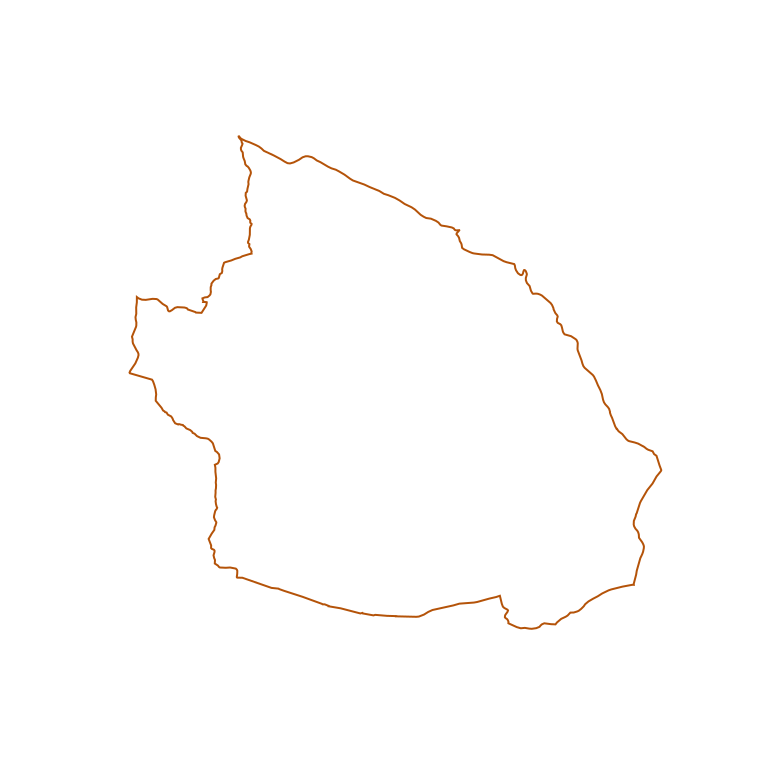 Adunati, Prahova, Romania (Equal Earth projection), rotated 163°
{"feature_id": "2599482B72969969985711", "entity_name": "Adunati", "entity_type": "district", "adm_level": 2, "iso_a3": "ROU", "parent_name": "Romania", "parent_adm1": "Prahova", "projection": "equal_earth", "projection_center": [25.597, 45.18], "detail": "fine", "context": "isolated", "style": "outline", "palette": "amber", "viewbox_px": 768, "rotation_deg": 163, "n_neighbors": 0, "source": "geoboundaries", "source_scale": "gbopen_adm2", "svg_char_len": 6166}
<svg xmlns="http://www.w3.org/2000/svg" viewBox="0 0 768 768"><g transform="rotate(163 384 384)"><path d="M450.6,664.0L450.7,662.2L449.3,658.9L449.2,658.3L449.4,656.3L449.0,655.4L449.4,654.5L451.8,651.7L452.2,650.2L452.2,648.9L451.4,646.8L452.3,642.5L452.3,640.9L452.0,638.0L452.4,634.6L451.6,632.7L450.8,631.9L450.1,630.3L449.4,627.3L449.4,625.4L449.9,624.1L452.4,621.0L454.2,617.9L454.7,616.9L455.1,614.7L457.5,610.6L458.7,608.0L460.3,607.2L461.3,604.5L461.4,599.8L461.7,599.2L462.6,598.1L464.2,596.9L465.2,595.1L465.3,593.6L465.1,592.2L466.0,589.7L466.0,588.0L465.8,587.5L466.2,585.2L465.9,582.5L464.4,580.9L464.2,580.4L464.1,579.2L464.6,578.1L464.7,577.3L463.8,575.8L464.2,575.0L465.8,573.6L466.7,572.1L468.7,565.9L471.0,561.6L472.6,559.5L472.7,558.5L471.8,557.2L472.0,556.6L472.7,555.4L472.8,554.5L472.0,552.1L471.8,549.5L472.4,548.4L472.5,547.4L475.1,547.6L482.2,547.6L484.5,547.1L489.6,547.2L493.9,546.8L500.2,546.9L501.5,546.7L504.4,542.6L505.2,541.1L505.6,539.3L506.6,537.6L508.9,537.0L511.0,533.7L511.7,533.4L514.2,533.6L516.7,532.6L519.6,530.5L519.9,530.0L520.0,529.2L521.4,527.3L522.3,524.5L522.6,522.7L523.8,520.5L524.9,519.7L527.3,518.7L530.1,519.2L532.6,519.0L532.7,517.7L532.5,516.1L533.0,515.3L530.2,514.4L529.6,514.0L529.8,513.4L531.1,511.0L537.7,505.4L543.0,507.3L543.3,507.9L549.8,512.6L550.1,513.7L550.9,514.5L552.5,515.5L559.1,517.9L561.6,518.0L565.3,516.6L567.6,516.1L568.4,516.4L569.0,517.4L568.9,521.0L569.2,521.9L572.2,525.2L575.7,530.9L576.6,531.7L580.4,533.1L587.2,534.1L590.8,535.4L593.7,537.7L594.9,539.4L596.5,534.3L598.6,529.7L600.4,523.5L602.1,520.6L602.6,518.1L602.8,515.3L603.8,512.3L604.4,511.2L611.2,502.9L611.3,500.3L612.0,498.0L612.2,496.2L610.8,488.8L610.1,486.3L610.0,484.8L610.3,483.4L611.7,481.1L615.8,476.4L622.9,470.7L624.0,469.3L623.9,468.6L604.6,456.0L604.1,454.2L603.9,450.5L604.0,445.7L604.9,440.6L606.1,438.0L607.2,434.7L603.7,426.3L603.0,423.2L601.8,421.9L601.6,421.1L600.3,420.3L599.7,417.9L597.0,415.2L596.3,412.9L596.2,411.0L595.2,407.5L592.7,405.5L592.4,405.7L591.4,405.4L590.0,404.4L588.3,403.6L588.1,402.8L587.2,401.9L586.0,399.3L582.8,396.6L581.4,394.4L581.3,393.2L579.7,391.9L578.1,388.9L576.3,387.2L575.2,386.2L570.1,384.1L568.5,383.2L567.5,382.1L565.8,379.3L565.0,377.3L564.9,369.3L563.7,367.9L562.3,364.9L562.9,361.0L564.9,357.7L566.3,356.6L569.4,356.2L569.7,353.2L570.9,349.3L572.1,342.8L573.7,338.9L574.1,336.5L575.2,333.4L576.2,331.5L576.9,329.1L578.4,325.4L578.5,322.7L579.3,321.2L579.8,318.3L579.9,315.7L579.7,314.4L581.0,313.0L581.6,312.8L582.6,311.8L584.8,308.1L585.6,306.3L585.4,303.2L584.8,300.9L584.9,300.4L586.6,297.8L587.9,296.5L588.9,294.1L592.5,291.3L597.0,287.1L596.5,280.2L597.3,277.7L596.9,276.7L595.2,275.3L594.9,274.7L594.8,274.0L595.2,272.9L597.1,270.0L597.3,267.3L597.1,265.1L598.3,261.8L595.9,258.9L595.3,257.3L594.6,256.5L589.0,254.5L584.8,253.5L579.7,250.8L579.0,249.5L578.9,248.2L579.9,245.3L581.2,242.5L581.2,242.0L580.7,241.6L576.2,240.2L551.2,221.9L544.6,219.1L544.3,218.6L540.0,215.4L524.1,204.3L507.5,191.8L507.2,191.3L505.1,190.6L501.7,187.9L501.9,187.6L491.1,182.2L473.7,171.5L471.5,171.4L471.4,170.8L461.7,165.8L459.9,165.8L448.9,161.4L440.3,158.5L440.4,158.3L421.1,151.9L418.6,151.4L413.2,151.8L408.3,153.1L403.7,153.7L382.5,152.0L376.1,151.9L361.9,148.7L358.6,148.3L346.2,148.0L339.1,147.5L335.1,147.6L335.6,139.3L335.4,136.3L334.4,134.6L331.9,132.1L331.6,131.2L332.6,129.9L335.3,127.9L335.9,127.2L336.4,126.1L336.6,125.6L336.3,124.8L335.0,123.1L334.6,121.8L334.5,120.3L335.0,118.8L328.1,112.7L324.6,110.4L320.6,109.6L316.6,107.6L314.3,106.7L309.8,106.0L306.3,106.3L305.0,107.2L303.3,108.0L300.7,108.3L294.5,105.5L290.3,104.0L288.3,105.4L283.2,107.6L278.3,108.3L276.1,108.9L272.6,110.9L269.4,110.0L265.7,110.0L264.1,110.2L261.2,111.3L258.0,113.0L256.0,114.6L252.0,116.3L247.0,117.5L241.6,118.5L236.6,119.9L229.5,121.0L226.7,121.1L215.2,120.5L205.4,119.4L203.8,118.9L203.6,119.9L198.6,128.0L196.9,131.5L189.8,142.5L186.8,145.8L185.3,147.8L183.5,151.1L182.9,152.8L182.9,154.6L183.3,157.0L185.1,162.4L184.3,165.7L184.3,168.0L184.7,169.7L185.8,172.0L186.4,174.7L186.3,176.6L185.1,180.0L182.1,183.7L181.0,185.8L180.3,186.3L173.9,195.5L172.5,197.0L163.2,205.6L156.3,210.3L150.4,215.9L145.0,219.5L144.2,220.2L144.0,220.8L144.3,225.5L144.4,235.3L144.4,235.7L146.2,238.0L146.8,241.1L150.6,243.9L151.9,245.3L153.5,247.7L158.4,252.7L161.4,254.8L166.3,257.7L167.1,258.4L168.3,260.2L170.7,266.4L173.2,269.8L173.8,271.0L174.3,273.0L174.7,273.0L175.3,276.0L175.8,285.0L176.2,287.7L176.3,290.6L176.0,291.2L176.0,294.4L176.6,296.3L178.3,299.8L179.0,302.2L179.1,305.0L178.6,310.7L178.9,315.0L179.8,320.2L180.3,325.3L181.0,329.7L181.7,331.6L187.4,340.8L188.1,342.8L188.3,345.5L188.2,348.9L188.9,359.5L188.7,361.0L186.8,366.3L186.7,367.6L187.0,369.7L187.6,370.8L191.1,375.0L196.8,378.7L197.5,380.8L197.6,382.0L197.3,386.0L197.3,388.3L197.9,389.6L200.0,391.7L200.4,393.3L199.5,395.7L198.2,397.6L198.2,398.9L199.4,401.7L200.0,405.8L199.8,407.0L200.2,410.4L201.0,412.7L207.1,422.4L208.6,423.9L210.5,425.3L212.2,426.0L215.1,426.7L215.5,427.2L216.2,430.2L216.1,435.1L217.8,438.8L218.0,441.7L217.4,443.9L215.4,446.9L215.2,447.9L215.4,450.5L216.1,451.8L216.7,452.0L217.7,451.0L218.8,449.1L219.8,448.1L220.9,448.0L221.7,448.4L223.5,450.7L224.5,454.2L224.6,456.5L224.2,459.1L224.4,460.6L231.1,464.6L233.7,466.5L242.4,475.4L245.6,476.9L252.4,479.2L259.7,482.5L261.1,483.3L263.6,485.3L268.2,489.5L269.5,491.4L269.0,494.8L269.1,496.2L269.7,498.5L269.5,501.8L269.9,503.7L270.9,505.9L270.5,506.8L267.1,508.9L267.1,509.1L270.1,509.8L271.3,510.8L271.8,512.4L273.4,513.9L278.1,516.5L282.7,518.7L283.5,519.6L284.7,522.5L286.7,524.9L290.8,528.4L295.1,530.4L297.2,532.4L299.5,535.1L303.4,541.8L306.0,545.0L311.6,550.1L315.4,554.9L319.1,558.8L324.7,563.3L328.5,565.9L332.0,569.9L340.2,576.6L344.5,580.5L354.2,587.7L356.4,590.2L360.6,595.8L364.8,600.4L367.4,603.0L371.2,605.6L374.0,608.2L379.9,614.7L382.9,617.4L385.1,620.4L386.8,622.1L390.1,624.0L392.4,624.7L395.6,624.6L399.7,623.3L405.6,622.3L409.4,622.4L411.7,623.4L414.1,625.8L417.1,629.3L422.7,634.9L430.7,642.1L432.3,645.0L434.2,647.6L436.6,649.9L441.8,654.4L445.3,656.9L449.0,660.4L450.6,664.0Z" fill="none" stroke="#b45309" stroke-width="2"/></g></svg>